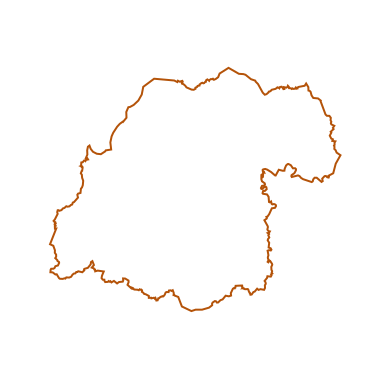 outline of La Huacana, Michoacán, Mexico, rotated 171°
{"feature_id": "50627088B97792110309724", "entity_name": "La Huacana", "entity_type": "district", "adm_level": 2, "iso_a3": "MEX", "parent_name": "Mexico", "parent_adm1": "Michoacán", "projection": "albers", "projection_center": [-101.96, 18.85], "detail": "fine", "context": "isolated", "style": "outline", "palette": "amber", "viewbox_px": 384, "rotation_deg": 171, "n_neighbors": 0, "source": "geoboundaries", "source_scale": "gbopen_adm2", "svg_char_len": 5975}
<svg xmlns="http://www.w3.org/2000/svg" viewBox="0 0 384 384"><g transform="rotate(171 192 192)"><path d="M211.7,309.8L223.7,303.5L226.4,296.1L230.7,290.7L236.0,287.1L239.9,285.7L241.6,285.7L244.4,281.3L245.1,275.6L249.9,271.4L249.4,272.3L252.7,270.6L255.7,268.2L260.5,262.9L262.7,259.5L264.9,253.7L265.2,246.6L270.7,246.6L271.4,245.7L276.1,243.6L280.1,244.7L283.5,247.2L285.3,250.4L286.0,253.9L287.7,253.0L289.0,249.6L289.5,245.3L291.5,242.1L290.2,241.9L289.6,240.4L291.7,240.3L292.4,239.3L292.8,239.9L293.6,240.0L295.3,238.5L296.7,238.5L297.3,236.0L297.0,235.2L297.8,235.0L296.7,234.3L296.9,233.8L296.2,233.5L296.3,232.9L297.2,230.1L297.7,230.0L298.9,227.8L298.1,226.3L298.3,223.2L297.7,220.1L298.8,215.8L299.9,213.8L301.2,212.6L302.3,208.5L304.8,208.2L305.7,207.2L305.5,204.3L310.1,200.5L311.4,200.2L312.3,198.4L313.7,198.1L315.3,197.0L317.4,197.0L318.4,197.6L320.5,196.2L322.0,196.0L323.8,194.5L326.0,194.2L326.7,194.9L327.5,195.0L328.3,193.2L328.1,191.4L331.8,186.3L333.2,185.1L332.4,184.0L332.4,183.3L331.7,183.4L331.5,182.2L332.7,181.3L332.0,180.0L332.8,179.8L333.1,177.3L331.8,177.2L340.4,162.6L337.4,160.6L336.5,155.9L337.0,153.4L336.0,151.4L336.3,149.3L337.4,148.1L335.7,145.8L335.6,144.8L334.4,143.8L334.3,142.8L335.9,140.4L338.5,140.1L339.7,138.4L340.9,137.9L343.1,138.2L343.8,137.3L344.4,134.9L342.2,134.4L339.8,131.9L338.5,131.9L336.8,127.7L336.1,127.0L333.3,126.4L331.4,126.7L330.6,126.3L329.5,127.3L326.7,126.7L324.6,127.2L323.0,129.0L321.5,129.9L319.9,129.9L318.8,131.1L317.7,130.9L316.8,131.5L312.9,129.9L310.7,131.4L310.9,131.9L310.4,132.9L306.7,133.4L303.4,136.4L302.7,138.6L301.2,139.3L300.3,135.2L302.8,133.0L301.0,132.0L300.5,130.6L299.9,130.5L300.0,128.8L297.4,129.1L291.6,127.3L294.0,123.4L294.8,121.1L293.9,119.4L292.3,119.1L292.4,118.1L291.8,116.6L289.1,116.4L288.2,117.1L287.2,116.2L286.5,116.6L285.7,115.3L283.0,116.4L280.3,113.4L278.2,114.5L274.4,114.3L273.8,115.3L273.6,117.4L271.6,117.0L268.6,114.5L268.7,112.9L270.2,110.4L268.5,108.2L266.3,106.9L267.2,106.6L266.7,106.0L264.6,105.2L264.3,104.7L261.1,104.0L259.9,103.3L258.9,104.1L258.2,103.5L257.4,103.6L256.7,102.7L257.1,101.2L255.8,100.1L255.2,98.8L253.8,98.3L250.9,96.1L251.2,94.2L248.8,93.9L248.7,93.3L246.1,93.5L245.4,92.4L244.7,93.0L244.2,90.4L242.9,90.4L241.9,92.3L241.2,92.2L239.4,93.4L238.1,93.3L237.6,93.8L236.6,93.4L235.0,94.8L233.8,96.8L232.9,97.2L230.8,96.8L230.2,98.3L228.4,98.2L227.7,97.5L226.4,98.0L225.8,95.0L226.3,93.1L225.5,93.0L225.3,92.4L222.0,90.5L219.9,80.5L211.2,74.5L206.9,75.2L200.5,74.2L193.3,75.1L189.8,77.0L189.6,78.7L188.9,79.6L186.5,80.7L185.4,80.3L184.7,78.9L183.5,78.8L180.8,80.7L178.6,81.1L175.0,84.3L171.9,83.2L169.6,83.6L169.5,86.0L166.8,90.0L165.9,90.5L165.0,90.2L164.8,90.7L164.2,90.7L163.6,92.5L157.9,91.9L157.6,90.9L157.1,91.2L157.1,89.6L156.7,89.3L157.1,89.0L156.1,88.9L156.1,88.4L154.8,87.7L152.1,87.4L151.7,86.9L151.3,84.4L150.6,83.5L150.8,82.6L150.1,82.0L150.2,81.4L149.1,81.4L147.0,83.6L145.7,83.8L142.8,86.3L141.6,84.9L139.5,85.3L136.1,84.1L134.9,85.8L134.6,88.5L133.5,89.8L133.5,91.3L134.2,92.8L131.3,95.4L130.7,97.0L127.4,96.1L126.5,97.2L126.8,98.3L125.4,98.9L125.9,99.9L125.2,101.3L125.7,102.7L125.4,105.6L124.1,107.6L124.2,108.6L125.6,111.7L126.6,111.7L127.6,110.6L128.2,111.2L126.8,113.1L127.4,114.2L127.3,115.7L126.4,117.6L126.5,122.2L125.0,122.5L123.3,121.9L122.6,122.6L123.1,124.1L125.0,125.2L123.7,129.8L124.8,132.4L124.3,133.6L122.8,135.0L123.4,137.3L122.5,138.3L123.6,139.6L122.2,139.8L121.3,140.9L122.3,141.3L123.1,142.2L123.4,143.3L122.5,145.5L122.6,146.5L124.9,152.8L122.5,154.0L122.1,154.6L122.4,155.8L121.2,156.0L119.2,158.1L115.7,163.4L112.5,163.4L111.2,165.0L111.2,165.9L112.0,166.8L113.0,167.3L114.6,167.2L115.1,167.7L115.4,170.3L116.7,169.6L117.5,170.1L117.1,175.3L118.3,177.9L122.1,179.1L122.5,179.7L121.7,181.8L121.0,182.1L120.0,181.6L117.8,183.1L117.8,185.0L118.3,185.7L119.7,185.5L122.3,184.0L123.0,184.2L123.3,185.1L121.9,187.1L119.7,187.1L118.7,188.1L118.8,189.2L121.2,191.6L121.5,193.8L120.8,198.0L120.2,198.3L120.5,196.9L120.1,195.5L119.7,195.7L119.4,196.5L119.8,197.2L119.1,197.7L118.7,200.5L117.6,199.9L117.7,200.6L118.8,201.5L118.8,202.7L118.2,203.2L116.1,203.3L114.3,202.4L110.7,199.3L107.4,195.4L106.8,195.2L102.8,200.4L99.1,198.8L97.4,198.6L96.8,200.5L94.9,203.5L93.2,204.6L92.4,204.6L90.2,203.0L88.6,199.6L86.4,199.3L85.7,198.3L86.0,197.1L87.9,194.6L91.0,193.1L91.4,192.1L91.1,191.2L84.7,191.8L83.3,190.9L82.1,188.9L80.3,187.3L72.2,183.1L71.1,183.6L70.3,185.5L68.7,186.9L66.6,186.6L62.5,181.7L61.2,182.3L61.3,184.8L58.6,186.9L57.3,186.9L56.1,185.4L54.8,184.9L54.3,185.8L54.6,186.7L49.6,188.4L45.6,197.5L39.6,205.1L43.0,208.3L43.6,210.8L44.7,212.3L44.2,214.3L44.5,215.7L43.8,216.2L43.5,218.4L42.5,219.6L45.4,220.5L44.6,222.0L46.1,223.0L47.1,226.1L45.1,228.8L45.6,229.8L42.3,232.0L42.8,233.3L41.1,235.1L43.8,237.0L44.1,238.2L43.4,239.6L43.9,241.2L43.3,243.6L44.4,245.7L46.9,246.2L48.0,247.7L50.8,261.6L50.5,262.1L52.9,264.7L57.5,265.9L58.8,268.7L59.2,272.4L59.9,273.4L61.1,274.0L60.7,277.4L62.3,281.3L64.1,279.3L70.3,279.1L71.6,278.6L71.6,277.8L72.7,277.7L73.2,278.9L74.2,277.9L76.0,278.0L76.5,278.6L77.5,278.2L78.1,279.0L79.9,279.4L79.9,280.7L80.7,281.9L81.3,280.8L82.4,280.3L84.0,280.9L83.8,280.5L84.7,279.9L84.7,279.3L85.6,279.3L86.1,280.7L87.2,282.0L88.6,281.9L89.4,280.9L89.7,281.6L90.6,281.4L91.3,282.0L93.3,280.8L97.3,280.5L98.7,279.3L100.5,279.1L100.8,278.4L103.1,277.0L104.9,276.7L106.6,279.1L109.9,288.3L111.9,291.1L112.1,292.1L116.1,294.2L120.8,299.4L122.8,300.4L127.2,301.4L136.5,308.9L146.2,304.7L148.2,301.3L150.9,299.9L152.8,299.4L153.6,300.6L154.4,300.2L155.6,300.6L157.4,299.8L157.7,299.2L159.2,300.8L160.4,300.3L161.1,298.8L161.4,299.0L162.9,297.7L163.9,297.6L164.7,298.3L165.7,298.1L167.7,297.0L167.9,296.0L169.9,295.9L170.5,295.0L172.3,294.5L172.4,293.4L174.3,292.7L176.4,293.2L181.1,296.2L182.0,298.0L183.6,299.9L184.9,300.5L185.1,301.6L184.3,301.7L183.9,302.6L184.2,303.3L187.0,302.9L188.5,304.1L189.3,302.9L192.1,304.9L211.7,309.8Z" fill="none" stroke="#b45309" stroke-width="2"/></g></svg>